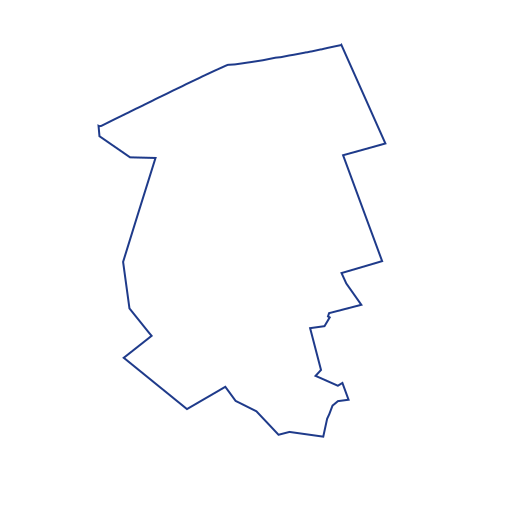 outline of Uchkuduk, Navoi, Uzbekistan, rotated 345°
{"feature_id": "79887680B40306907655933", "entity_name": "Uchkuduk", "entity_type": "district", "adm_level": 2, "iso_a3": "UZB", "parent_name": "Uzbekistan", "parent_adm1": "Navoi", "projection": "mercator", "projection_center": [63.246, 42.277], "detail": "fine", "context": "isolated", "style": "outline", "palette": "blue", "viewbox_px": 512, "rotation_deg": 345, "n_neighbors": 0, "source": "geoboundaries", "source_scale": "gbopen_adm2", "svg_char_len": 1236}
<svg xmlns="http://www.w3.org/2000/svg" viewBox="0 0 512 512"><g transform="rotate(345 256 256)"><path d="M274.2,447.9L282.6,431.6L285.8,427.8L291.2,420.3L297.6,417.4L308.2,418.8L306.6,401.0L301.5,402.5L282.5,387.2L289.3,382.9L289.6,339.7L304.0,341.5L311.3,334.4L309.9,333.0L311.8,330.1L345.1,330.4L336.1,305.9L334.2,294.6L376.5,293.6L366.2,181.2L410.1,180.8L393.1,74.1L392.8,74.3L389.5,74.1L388.0,74.0L378.5,73.5L377.4,73.5L375.6,73.4L373.5,73.4L372.7,73.4L372.3,73.3L371.9,73.2L362.8,72.8L361.2,72.6L358.1,72.5L356.7,72.2L355.6,72.2L346.0,71.5L344.6,71.4L339.9,70.9L331.6,70.4L326.3,69.5L313.3,68.7L300.5,67.3L298.2,67.0L292.0,66.3L285.3,65.5L278.4,64.1L277.7,64.1L276.7,64.3L276.3,64.3L264.1,66.3L260.1,67.0L250.4,68.7L248.2,69.2L238.8,70.9L237.2,71.2L232.7,72.0L228.8,72.9L218.7,74.7L212.1,76.1L202.8,77.8L198.7,78.6L196.7,79.1L187.0,81.0L185.8,81.3L181.0,82.2L179.4,82.5L179.0,82.5L171.7,84.0L170.0,84.4L166.6,85.0L160.1,86.3L155.9,87.1L150.9,88.1L140.2,90.3L138.3,90.1L137.6,89.5L135.8,99.8L159.9,128.1L184.3,135.3L152.7,185.1L126.1,227.3L120.2,273.9L132.8,302.5L134.5,306.1L101.9,320.1L149.7,386.0L192.5,374.4L198.8,390.7L216.2,406.1L231.5,434.5L242.8,434.6L274.2,447.9Z" fill="none" stroke="#1e3a8a" stroke-width="2"/></g></svg>